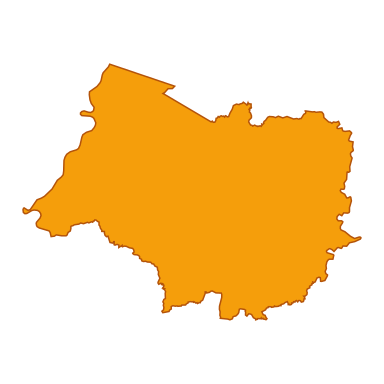 the district of La Victoria, Valle del Cauca, Colombia
{"feature_id": "7082276B16171151514761", "entity_name": "La Victoria", "entity_type": "district", "adm_level": 2, "iso_a3": "COL", "parent_name": "Colombia", "parent_adm1": "Valle del Cauca", "projection": "mercator", "projection_center": [-75.953, 4.485], "detail": "fine", "context": "isolated", "style": "filled", "palette": "amber", "viewbox_px": 384, "rotation_deg": 0, "n_neighbors": 0, "source": "geoboundaries", "source_scale": "gbopen_adm2", "svg_char_len": 6028}
<svg xmlns="http://www.w3.org/2000/svg" viewBox="0 0 384 384"><path d="M359.3,237.0L354.6,238.5L350.5,236.3L344.9,231.7L341.0,229.9L340.3,228.5L340.4,226.2L342.6,222.7L342.8,221.7L341.6,220.8L338.3,220.8L336.8,219.0L337.1,216.6L339.2,214.3L341.8,215.7L343.7,212.9L347.8,213.1L349.1,212.5L349.5,211.5L349.5,207.6L351.4,200.9L350.8,197.3L350.1,196.8L348.0,197.9L346.7,197.9L344.7,194.2L341.3,192.4L340.2,190.7L341.0,189.1L343.3,189.3L344.3,188.9L344.7,186.4L344.0,183.1L346.6,179.4L347.0,172.8L347.3,172.0L348.7,172.3L350.0,171.3L349.7,166.7L352.1,158.0L350.8,156.0L350.4,153.8L351.0,152.4L353.0,150.9L353.3,150.1L352.5,146.7L353.1,141.9L349.4,141.1L348.6,140.0L350.3,135.4L351.6,133.4L351.5,132.6L349.6,130.9L345.2,131.4L343.3,131.1L342.6,130.5L341.9,127.9L338.1,128.6L337.2,128.3L337.1,126.9L339.8,124.3L338.5,121.4L336.1,122.4L333.4,122.0L331.9,123.3L330.5,122.3L328.7,122.0L323.9,117.6L323.5,114.2L321.9,112.1L319.9,111.9L315.9,112.3L314.5,111.7L312.5,111.9L305.5,110.9L305.2,111.0L305.8,112.0L305.5,113.4L303.8,114.3L301.1,118.6L300.0,118.5L298.9,119.2L296.8,118.5L293.6,119.0L287.0,116.5L282.8,117.9L278.3,116.2L275.5,117.6L273.3,116.8L269.4,116.5L267.7,117.3L265.6,120.3L264.1,121.4L263.5,122.8L263.8,123.5L262.4,124.5L261.8,124.2L262.0,125.3L261.1,126.4L260.1,125.7L258.8,126.4L258.0,126.0L257.4,126.5L254.6,125.1L252.7,126.1L251.8,125.2L250.6,125.1L248.7,122.0L249.0,120.2L251.4,117.8L251.5,115.9L250.5,113.0L249.4,112.1L249.8,110.1L249.0,109.6L249.7,108.2L250.3,108.5L250.6,108.0L251.1,108.1L251.4,107.3L251.1,106.8L251.1,104.0L249.2,103.8L248.6,103.2L248.1,103.9L247.9,103.0L247.2,104.9L246.7,105.0L246.1,104.2L243.3,102.2L242.4,103.3L239.9,104.0L239.2,104.6L236.4,104.1L233.4,105.6L232.2,109.3L230.0,113.1L228.6,116.6L227.4,116.9L225.7,115.7L225.2,115.9L224.6,117.1L223.5,116.1L222.6,116.4L221.3,115.8L220.3,116.1L219.4,117.2L218.2,116.5L217.3,118.0L216.1,118.3L215.8,120.6L214.8,122.2L213.2,122.3L212.3,121.1L211.1,121.9L163.0,93.5L164.6,92.6L168.1,88.7L172.4,88.6L174.7,86.2L109.7,64.2L108.4,66.9L103.2,72.7L102.3,74.9L101.1,80.6L100.1,82.7L97.0,86.5L89.5,91.8L89.3,94.7L90.0,99.9L91.3,103.5L94.1,107.3L93.6,110.3L92.8,111.4L90.7,112.5L88.2,112.2L84.1,110.9L81.9,111.5L80.5,112.9L80.5,114.3L81.8,115.6L90.3,116.2L92.6,117.2L93.9,118.4L95.8,122.8L95.4,125.2L94.2,127.6L91.7,130.6L86.4,132.3L82.9,134.7L81.9,137.1L80.1,145.0L78.5,148.5L76.6,149.8L70.2,151.8L66.7,154.3L65.0,157.2L64.0,160.4L63.7,170.9L63.2,174.7L61.4,177.0L57.3,180.3L52.1,189.0L44.5,196.3L41.4,198.1L37.0,199.8L30.2,209.7L27.9,210.3L24.1,207.9L23.5,208.3L23.0,209.8L23.4,212.5L24.9,213.7L26.8,213.5L31.9,210.5L34.1,210.0L37.5,210.4L39.4,211.6L40.7,213.7L41.0,215.6L40.0,218.1L36.5,222.3L36.2,223.5L36.6,225.7L37.2,226.7L39.3,228.0L49.1,230.9L50.2,232.6L51.1,236.6L54.3,236.2L56.3,234.9L61.7,235.8L66.1,235.8L67.0,235.1L68.1,232.4L70.3,231.0L70.9,228.4L70.8,226.7L71.2,226.1L72.9,225.7L74.3,224.8L78.9,224.1L80.7,223.0L83.5,223.7L87.5,222.3L88.9,222.9L91.4,221.8L92.7,222.2L93.3,221.1L94.2,221.0L94.8,219.9L96.1,220.1L97.5,221.4L99.0,222.1L99.0,225.0L100.0,226.3L100.3,228.0L101.9,230.4L101.8,231.4L104.4,231.5L104.4,233.1L105.1,235.4L106.5,236.7L108.0,236.2L110.0,242.5L112.7,243.1L113.3,242.9L113.7,241.7L114.2,241.7L114.1,244.7L115.0,245.1L117.1,244.4L118.9,245.1L118.8,247.5L122.1,245.4L122.0,246.5L122.4,246.8L124.1,246.1L126.3,246.3L129.4,247.8L132.7,248.4L133.7,249.9L134.1,252.0L132.7,253.2L132.9,253.7L134.1,254.6L137.4,254.9L139.1,255.9L139.6,256.7L139.6,258.4L141.5,259.3L141.7,260.8L143.3,261.5L145.7,261.3L147.3,262.0L150.7,262.2L152.0,263.8L153.7,264.0L154.8,266.0L157.3,267.2L157.6,269.9L158.6,271.5L158.3,274.5L159.9,278.2L158.0,282.3L158.1,283.3L158.8,284.3L160.5,283.3L162.0,284.6L162.4,284.6L162.3,283.6L163.0,284.0L162.6,284.9L163.7,285.0L163.9,285.4L163.7,286.6L162.6,288.1L164.4,288.6L163.6,289.1L164.7,289.8L165.6,291.7L165.2,293.2L165.4,298.5L163.9,299.4L162.9,301.9L163.8,303.3L163.3,305.3L163.9,307.5L163.5,309.9L161.9,311.2L162.8,312.7L169.0,311.5L169.8,309.9L171.3,309.0L171.2,306.6L172.8,305.7L175.4,306.2L177.1,305.9L177.8,306.3L181.3,306.0L181.8,305.1L185.6,305.0L186.3,303.9L188.1,302.9L188.1,302.1L190.5,301.6L192.2,301.9L193.2,301.6L193.6,302.3L194.4,301.9L195.9,303.1L197.0,302.6L197.5,303.5L199.3,302.6L200.3,302.7L200.7,301.4L202.7,300.1L205.2,293.4L205.2,291.9L206.1,291.9L206.7,293.0L209.4,292.4L210.9,291.2L212.3,291.0L215.9,292.9L221.3,293.1L221.8,294.7L221.7,297.6L219.5,306.1L219.4,309.3L220.1,311.8L219.9,315.3L220.6,317.2L220.3,318.3L227.9,319.1L229.9,319.8L232.4,318.8L232.9,317.0L234.1,316.3L235.8,316.0L237.6,314.4L238.7,312.7L239.3,309.3L240.4,308.8L244.3,309.4L245.6,310.2L245.2,311.3L245.6,312.1L245.5,315.0L246.9,316.1L248.7,313.8L250.7,314.1L251.7,314.7L253.4,317.7L255.7,318.9L255.7,319.8L257.3,319.3L257.5,318.6L260.7,318.7L261.2,317.9L261.6,318.8L263.0,318.3L263.3,319.1L263.9,319.0L266.0,319.7L267.0,318.7L266.1,317.6L265.1,315.3L263.2,314.7L261.8,311.8L265.5,309.9L266.5,308.1L268.1,307.6L268.3,306.7L271.0,306.7L271.5,307.3L274.0,306.9L274.4,306.0L275.6,306.6L278.4,306.3L279.2,305.7L279.9,305.8L280.5,305.1L281.0,305.5L281.4,304.4L283.7,303.8L285.0,302.6L287.3,301.6L288.3,303.9L288.7,304.0L288.3,304.6L290.0,304.9L291.5,304.4L291.6,303.0L292.8,303.1L293.6,301.7L294.9,302.1L295.2,301.3L296.3,300.5L297.7,301.9L298.5,300.6L299.3,300.5L300.4,300.7L301.3,302.1L303.1,301.7L303.7,300.9L304.0,298.9L305.0,298.8L304.5,297.0L303.8,296.2L305.1,296.1L306.9,294.6L307.2,292.7L306.6,290.7L307.3,289.0L309.8,287.8L309.6,286.2L312.0,284.7L311.9,283.5L313.2,283.2L312.9,282.1L313.8,282.5L315.2,281.9L317.0,278.0L319.0,277.2L320.3,277.7L320.6,281.3L321.6,281.4L324.9,280.5L327.4,275.8L327.5,274.9L325.8,273.6L325.2,271.3L326.4,268.6L326.0,265.6L326.8,262.0L327.8,260.3L329.2,259.2L332.9,259.2L333.8,255.2L333.3,254.6L327.1,252.7L326.5,251.6L326.6,250.6L329.3,248.7L330.1,248.7L332.1,249.7L334.0,251.5L337.4,247.7L338.3,247.5L341.2,248.4L341.8,248.0L343.0,246.0L346.7,246.2L349.4,242.8L354.8,241.6L360.3,239.1L361.0,237.9L360.5,237.2L359.3,237.0Z" fill="#f59e0b" stroke="#b45309" stroke-width="1.5"/></svg>